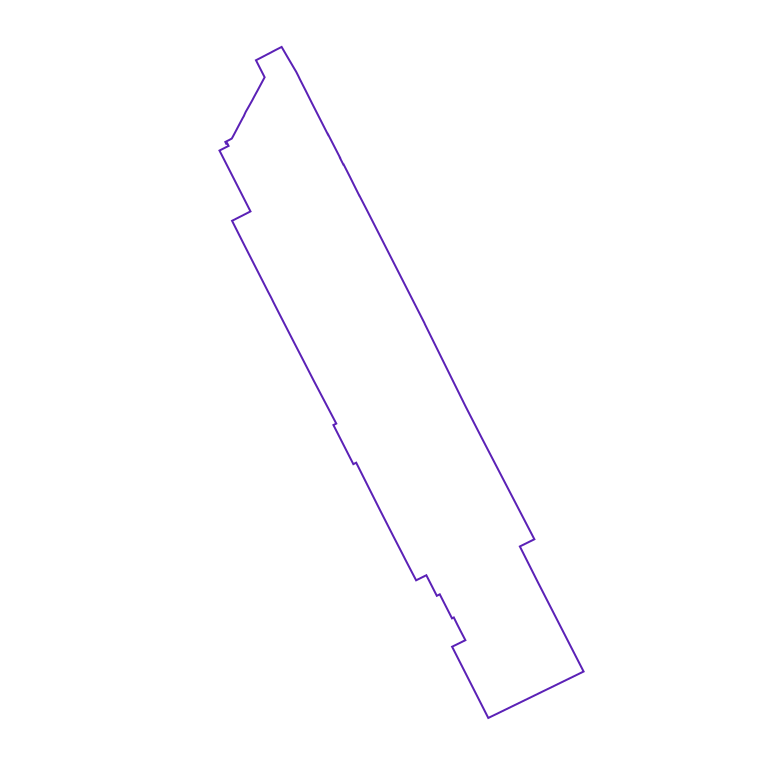 the district of Kalgoorlie-Boulder, Western Australia, Australia, rotated 63°
{"feature_id": "25037944B94303413523862", "entity_name": "Kalgoorlie-Boulder", "entity_type": "district", "adm_level": 2, "iso_a3": "AUS", "parent_name": "Australia", "parent_adm1": "Western Australia", "projection": "robinson", "projection_center": [123.082, -30.776], "detail": "fine", "context": "isolated", "style": "outline", "palette": "violet", "viewbox_px": 768, "rotation_deg": 63, "n_neighbors": 0, "source": "geoboundaries", "source_scale": "gbopen_adm2", "svg_char_len": 1776}
<svg xmlns="http://www.w3.org/2000/svg" viewBox="0 0 768 768"><g transform="rotate(63 384 384)"><path d="M730.8,336.7L630.1,336.9L590.4,336.7L590.6,320.5L475.8,321.4L441.1,321.5L349.0,320.4L348.2,320.3L263.1,320.3L232.0,320.3L220.6,320.3L204.9,320.4L204.9,320.5L192.2,320.4L183.9,320.3L174.4,320.3L170.1,320.3L170.1,320.6L162.6,320.6L162.6,320.4L136.3,320.5L136.2,320.5L136.3,320.7L122.0,320.7L118.4,320.7L111.9,320.7L100.9,320.7L87.5,320.6L74.1,320.6L70.6,320.5L67.1,320.5L65.9,320.5L63.0,320.7L48.1,321.6L37.2,322.2L37.2,328.5L37.4,346.2L37.4,348.7L37.4,350.5L37.4,351.1L43.4,351.1L44.4,351.1L46.2,351.1L49.1,351.1L50.2,351.1L54.9,351.1L56.5,351.1L58.8,354.4L61.1,357.7L66.1,364.9L66.2,365.1L69.3,369.6L71.3,372.4L76.3,379.9L78.7,383.6L81.4,387.0L81.5,387.0L81.8,387.5L82.0,387.8L82.3,388.2L82.5,388.6L83.9,390.6L84.4,391.3L84.8,391.9L93.2,403.8L95.0,406.4L96.2,408.2L96.3,411.1L96.3,413.2L96.3,415.5L98.4,415.5L98.4,414.4L100.9,414.4L101.3,414.4L101.3,419.9L101.3,424.6L102.8,424.6L103.5,424.6L105.5,424.6L108.0,424.6L109.4,424.6L110.6,424.6L111.8,424.6L113.1,424.6L114.4,424.6L115.7,424.6L116.6,424.6L117.9,424.6L119.2,424.6L126.7,424.6L136.2,424.6L145.0,424.6L152.5,424.6L156.5,424.6L161.8,424.6L165.4,424.6L168.0,424.6L169.6,424.6L169.6,445.3L194.9,445.4L206.0,445.4L221.2,445.4L249.6,445.4L255.9,445.3L261.0,445.4L264.5,445.4L269.7,445.4L272.8,445.4L305.9,445.3L321.9,445.2L349.1,445.1L365.5,444.9L397.6,444.5L397.6,447.7L441.5,447.7L441.5,444.5L474.7,444.7L475.0,444.7L494.7,444.8L523.1,444.8L544.0,444.7L550.1,444.7L563.7,444.6L573.5,444.5L573.6,433.1L596.7,433.1L596.7,429.8L600.3,429.8L603.4,429.8L623.7,429.8L623.7,427.8L631.5,427.9L639.4,427.9L649.2,427.8L649.0,442.6L728.9,442.7L730.0,382.7L730.8,336.7Z" fill="none" stroke="#5b21b6" stroke-width="2"/></g></svg>